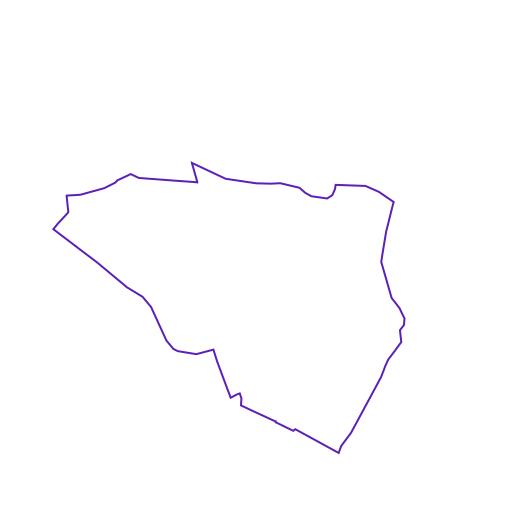 the district of Gharb Jabal Marrah, Central Darfur, Sudan, rotated 308°
{"feature_id": "16777658B15584581797424", "entity_name": "Gharb Jabal Marrah", "entity_type": "district", "adm_level": 2, "iso_a3": "SDN", "parent_name": "Sudan", "parent_adm1": "Central Darfur", "projection": "equal_earth", "projection_center": [24.023, 13.095], "detail": "fine", "context": "isolated", "style": "outline", "palette": "violet", "viewbox_px": 512, "rotation_deg": 308, "n_neighbors": 0, "source": "geoboundaries", "source_scale": "gbopen_adm2", "svg_char_len": 3330}
<svg xmlns="http://www.w3.org/2000/svg" viewBox="0 0 512 512"><g transform="rotate(308 256 256)"><path d="M289.9,148.2L289.6,148.5L287.9,150.9L287.5,151.4L287.1,152.1L286.9,152.3L286.8,152.5L286.1,153.3L286.0,153.5L285.8,153.8L285.5,154.2L285.0,154.9L284.9,155.0L284.4,155.6L284.1,156.1L282.1,158.8L281.8,159.3L281.4,159.8L281.3,160.0L280.7,160.7L280.5,161.0L280.4,161.1L280.2,161.4L280.1,161.5L279.8,162.0L279.5,162.4L279.3,162.6L279.1,162.9L279.0,163.1L278.8,163.3L278.7,163.5L278.3,164.0L278.2,164.1L278.1,164.3L277.9,164.4L277.8,164.1L277.6,163.8L277.5,163.7L277.3,163.5L277.3,163.4L277.1,163.0L276.5,162.3L275.6,160.8L273.5,157.7L272.5,156.2L266.9,147.9L265.9,146.4L255.9,131.4L245.4,115.7L243.4,106.8L243.2,106.7L240.7,105.5L239.4,104.8L237.5,103.9L237.2,103.7L235.6,102.9L235.0,102.6L234.8,102.5L234.6,102.4L234.4,102.3L234.2,102.2L233.4,101.8L232.8,101.5L231.9,101.0L231.5,100.8L231.2,100.6L230.9,100.5L230.8,100.4L230.6,100.3L230.4,100.2L230.2,100.2L229.0,100.1L228.4,100.0L227.8,100.0L227.6,99.9L227.3,99.9L227.2,99.9L226.9,99.8L226.2,99.4L225.2,99.0L224.5,98.7L224.1,98.5L217.0,95.1L216.8,95.0L216.1,94.7L215.7,94.4L215.3,94.1L214.3,93.4L211.4,91.2L211.2,91.1L209.7,90.0L206.2,87.4L204.8,86.3L199.5,82.4L196.3,80.0L195.6,79.3L191.6,74.8L189.8,72.7L188.3,71.1L188.0,70.7L187.7,70.4L187.6,70.2L187.4,70.1L187.2,69.8L187.0,69.6L186.8,69.7L185.2,71.3L184.6,71.9L180.9,75.4L178.0,78.2L177.1,79.1L176.5,79.7L175.7,80.4L175.1,81.0L174.9,81.1L173.2,81.1L172.3,81.0L167.2,80.6L163.5,80.3L159.5,79.9L158.2,79.9L156.0,79.9L153.8,79.8L152.4,79.8L152.4,82.9L152.4,83.3L152.8,116.2L153.1,134.3L151.9,173.7L154.0,191.8L151.2,204.7L134.2,237.5L131.9,248.0L132.9,253.0L141.9,269.4L156.0,280.1L148.9,290.4L132.8,316.6L131.2,319.3L128.7,323.3L135.2,326.2L137.7,327.8L134.8,332.2L130.1,335.4L129.0,336.2L130.6,343.1L131.3,346.4L137.6,373.1L137.8,373.4L137.1,373.9L141.2,393.0L143.7,393.6L151.7,442.4L158.7,440.1L168.2,439.9L173.5,439.8L175.3,439.7L176.1,439.6L176.8,439.5L177.5,439.3L178.3,439.2L178.8,439.1L179.3,439.0L179.9,438.9L180.1,438.9L180.3,438.9L180.9,438.8L181.5,438.7L182.3,438.5L187.4,437.7L188.7,437.5L189.2,437.4L192.9,436.7L197.4,436.0L198.8,435.7L200.1,435.5L201.5,435.3L201.8,435.2L203.1,435.0L204.0,434.8L205.9,434.5L207.9,434.2L225.4,431.2L233.4,429.8L234.4,429.6L235.1,429.5L236.6,429.3L238.0,429.0L238.3,428.9L239.6,428.5L239.9,428.4L241.7,427.8L243.9,427.2L244.3,427.1L245.1,426.8L245.4,426.8L245.7,426.6L247.0,426.2L249.3,425.5L252.4,424.8L253.0,424.6L253.9,424.4L255.7,424.0L256.2,424.0L256.4,424.0L256.6,423.9L257.9,423.9L259.0,423.9L259.8,423.9L267.7,423.8L269.0,423.7L275.9,423.5L276.2,423.5L276.4,423.5L276.5,423.5L277.0,423.5L277.6,423.5L277.9,423.2L286.2,415.1L292.6,415.1L298.1,411.6L298.3,411.3L298.5,410.8L299.5,408.8L300.5,406.7L302.7,402.3L303.0,401.8L303.1,401.6L303.2,401.4L303.4,400.6L303.6,399.9L303.9,398.5L304.2,397.6L306.0,390.3L306.1,389.9L306.5,388.6L328.4,358.4L335.1,354.6L355.8,343.3L358.0,342.4L358.5,342.2L361.3,340.9L368.3,337.8L378.2,333.4L382.7,331.5L383.3,331.3L383.3,331.2L383.2,329.5L382.2,313.3L378.6,299.1L377.5,297.6L369.5,286.6L366.7,282.7L361.1,275.0L357.2,277.1L350.9,278.7L345.1,276.6L337.2,262.9L336.1,256.1L336.5,248.2L328.3,230.3L322.0,223.0L313.4,211.4L298.2,184.6L297.4,181.2L290.5,150.8L290.0,148.8L289.9,148.2Z" fill="none" stroke="#5b21b6" stroke-width="2"/></g></svg>